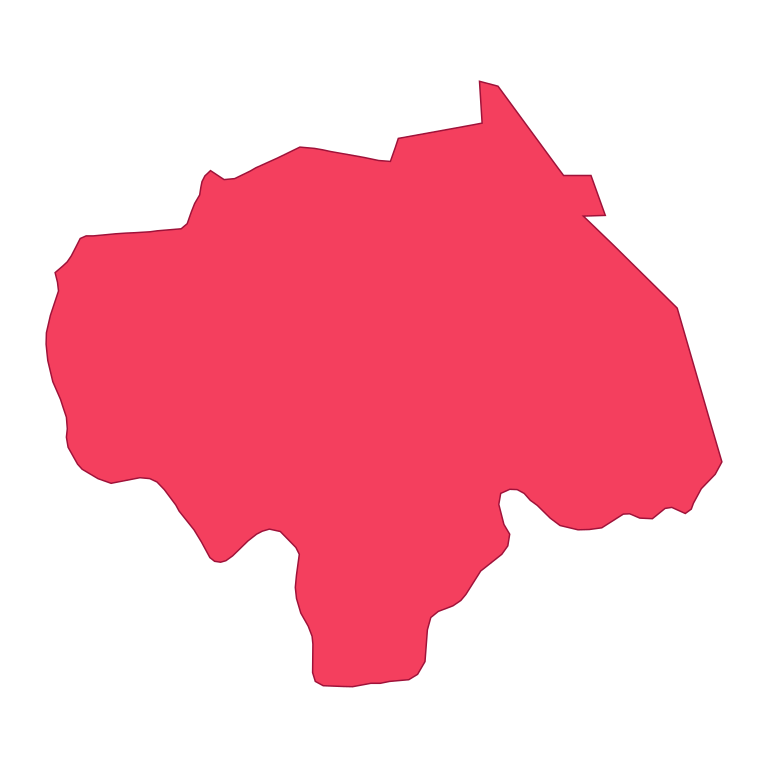 Fartura do Piauí, Piauí, Brazil
{"feature_id": "56859067B80687548008335", "entity_name": "Fartura do Piauí", "entity_type": "district", "adm_level": 2, "iso_a3": "BRA", "parent_name": "Brazil", "parent_adm1": "Piauí", "projection": "robinson", "projection_center": [-42.811, -9.481], "detail": "fine", "context": "isolated", "style": "filled", "palette": "rose", "viewbox_px": 768, "rotation_deg": 0, "n_neighbors": 0, "source": "geoboundaries", "source_scale": "gbopen_adm2", "svg_char_len": 1820}
<svg xmlns="http://www.w3.org/2000/svg" viewBox="0 0 768 768"><path d="M498.0,86.2L479.5,81.3L482.1,123.1L473.8,124.7L398.3,138.4L395.3,147.5L390.4,161.4L378.6,160.5L364.3,157.5L330.5,151.5L322.6,149.8L314.5,148.4L299.9,147.1L292.3,150.8L277.1,158.2L255.8,167.8L250.3,171.0L234.7,178.6L224.1,179.6L210.5,170.6L204.9,175.9L202.0,181.6L200.8,187.6L199.7,194.9L194.7,203.4L191.3,212.0L187.2,223.7L181.1,228.8L157.3,230.8L149.8,231.8L134.9,232.7L126.1,233.1L115.5,233.8L105.1,234.8L93.1,235.9L86.1,235.9L80.2,238.5L76.3,246.2L71.3,255.9L67.2,261.9L62.8,266.0L55.1,272.6L57.5,282.3L58.5,291.0L50.4,315.4L46.4,332.8L46.1,344.2L47.0,353.2L47.8,360.6L52.8,381.7L60.5,399.3L63.1,407.4L66.4,417.2L67.3,428.8L66.4,437.2L68.1,447.3L77.6,464.2L82.2,469.3L98.1,478.7L111.1,483.3L139.9,477.7L149.8,478.6L157.0,482.0L164.3,489.6L175.8,505.0L179.1,511.1L194.0,529.8L201.4,541.9L209.9,557.6L214.6,561.3L220.6,562.2L225.9,560.7L232.6,555.9L248.0,540.9L256.5,534.2L262.3,531.2L269.4,529.1L280.3,531.5L295.9,547.5L299.3,554.3L296.5,574.9L295.3,587.4L296.5,598.5L300.8,613.1L308.2,626.1L312.1,636.3L312.9,644.2L312.6,672.6L315.3,681.4L323.2,685.7L343.6,686.5L352.6,686.7L370.9,683.3L380.3,683.3L389.7,681.4L408.8,679.7L417.6,674.3L425.0,661.6L427.4,629.8L430.8,617.5L438.3,611.4L453.0,605.8L460.9,600.4L465.9,594.4L480.7,571.0L501.8,554.3L507.8,545.9L509.7,534.2L503.9,524.4L498.8,504.4L500.7,493.4L509.8,489.3L517.2,489.6L524.2,493.4L530.3,500.3L537.3,505.4L550.3,518.2L560.0,525.5L578.0,529.8L589.3,529.5L601.8,527.8L623.3,514.1L629.7,513.8L639.8,518.1L652.4,518.7L665.1,508.4L671.8,507.4L685.3,513.5L691.3,509.1L693.4,503.3L701.3,488.7L715.2,474.3L721.9,461.9L711.6,426.8L677.2,308.1L630.7,262.2L613.4,245.1L583.3,216.1L605.3,215.4L591.0,175.5L563.6,175.5L557.4,167.2L498.0,86.2Z" fill="#f43f5e" stroke="#9f1239" stroke-width="1.5"/></svg>